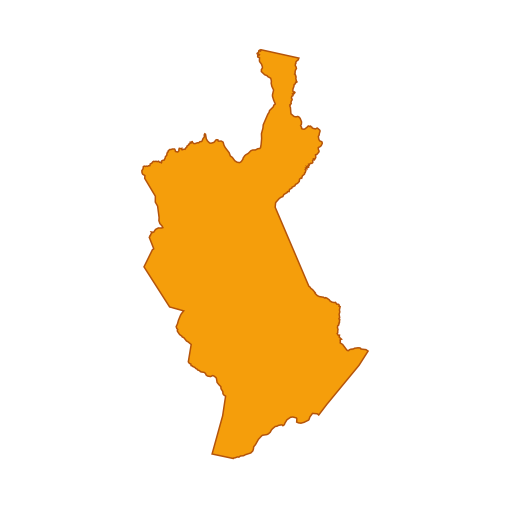 outline of Chibabava, Sofala, Mozambique, rotated 12°
{"feature_id": "85939544B25886081823580", "entity_name": "Chibabava", "entity_type": "district", "adm_level": 2, "iso_a3": "MOZ", "parent_name": "Mozambique", "parent_adm1": "Sofala", "projection": "robinson", "projection_center": [33.963, -20.299], "detail": "fine", "context": "isolated", "style": "filled", "palette": "amber", "viewbox_px": 512, "rotation_deg": 12, "n_neighbors": 0, "source": "geoboundaries", "source_scale": "gbopen_adm2", "svg_char_len": 6086}
<svg xmlns="http://www.w3.org/2000/svg" viewBox="0 0 512 512"><g transform="rotate(12 256 256)"><path d="M256.8,53.5L218.1,53.2L217.8,53.6L218.0,54.2L217.7,54.7L217.2,54.6L216.9,53.8L216.1,54.6L216.1,56.3L215.0,57.5L215.0,57.9L215.6,58.1L216.4,58.0L217.5,58.3L217.4,58.8L216.0,59.4L216.2,60.7L216.4,61.0L218.2,61.3L218.7,64.1L219.1,65.1L221.5,67.2L222.9,69.6L223.2,70.8L222.5,72.5L222.9,74.5L226.8,76.9L229.3,77.3L230.3,78.1L233.3,79.0L234.2,80.5L234.8,82.3L234.9,83.8L236.2,86.7L238.7,90.0L238.6,95.0L238.9,96.3L240.7,99.6L243.2,103.2L243.1,103.7L242.1,104.6L241.9,106.5L239.0,110.9L238.9,112.9L238.1,114.7L235.8,126.2L236.2,129.6L235.9,135.3L237.1,140.0L237.8,145.8L237.9,149.0L237.4,150.0L235.4,150.7L233.4,152.4L230.7,153.0L229.1,154.1L227.1,157.2L224.9,159.2L224.1,160.3L223.0,163.0L223.1,163.9L222.1,166.4L221.4,167.4L220.4,168.1L217.9,168.2L215.4,167.2L212.4,164.5L210.1,163.5L208.3,160.6L203.2,156.2L201.7,154.4L200.2,151.6L199.8,151.3L198.0,150.8L195.5,151.5L195.1,151.4L194.6,150.3L193.4,150.4L192.6,150.9L191.6,153.1L190.7,153.9L188.5,155.1L187.1,155.1L184.7,153.6L183.0,151.7L181.3,147.4L180.5,147.1L180.2,148.2L180.7,150.4L179.8,152.0L179.3,154.8L178.8,155.4L177.4,155.8L176.4,157.2L175.0,157.5L172.9,158.8L171.6,158.9L170.0,157.9L169.9,157.4L169.5,157.5L169.2,158.9L168.6,159.1L168.4,158.3L168.0,158.3L168.0,159.7L167.0,160.6L167.3,160.9L167.1,161.3L165.6,162.9L165.7,163.8L164.9,164.8L164.4,166.4L163.6,166.4L161.6,167.5L161.3,167.3L161.1,166.1L160.2,166.6L158.6,166.6L158.4,167.5L158.7,169.1L157.8,170.6L155.5,170.5L155.1,169.4L154.1,168.3L152.0,168.7L150.6,169.6L149.6,169.7L148.3,171.3L148.5,172.3L147.8,172.9L147.6,174.8L147.8,175.9L146.7,177.8L146.8,179.4L146.5,179.9L146.3,181.2L144.6,182.0L143.9,182.7L143.9,183.3L144.2,183.9L144.1,184.5L143.0,184.2L142.1,184.4L141.0,183.5L139.7,184.3L138.5,184.1L137.3,184.7L136.3,184.6L135.5,185.3L134.7,186.9L133.4,188.0L133.4,189.7L132.1,190.1L131.2,190.9L129.9,190.9L129.2,191.4L128.0,191.3L127.2,192.0L127.4,194.1L126.6,196.3L127.2,198.3L128.1,199.5L130.6,200.5L131.0,203.2L145.1,218.4L146.3,224.2L149.4,227.7L153.2,238.5L153.7,241.7L155.3,244.3L157.8,246.1L159.0,247.6L157.7,248.3L154.6,248.9L152.2,250.9L151.0,253.9L150.3,254.2L148.5,254.3L149.3,255.2L148.5,256.7L148.5,257.9L148.0,258.3L148.1,258.9L147.7,259.9L154.3,269.9L154.4,270.5L153.4,271.3L148.7,289.9L182.1,323.8L196.7,324.7L195.1,327.8L194.5,329.6L193.5,335.0L193.3,338.7L192.6,341.7L193.6,343.4L194.7,344.1L194.5,345.1L194.8,346.0L197.6,348.7L200.1,349.8L200.6,350.5L202.4,350.9L205.7,353.6L207.4,354.1L211.0,356.0L211.8,373.6L213.2,374.9L214.7,375.2L215.3,376.7L216.7,376.8L217.0,377.2L219.3,377.7L220.6,378.6L221.8,378.8L222.6,379.6L224.7,379.9L225.5,380.6L226.4,380.8L229.4,380.6L230.9,381.3L232.0,382.8L233.5,383.5L236.6,383.4L238.4,382.0L239.4,382.0L242.1,383.2L242.8,384.1L244.2,387.7L246.6,389.7L248.7,391.0L249.4,393.1L251.7,395.5L252.3,397.5L252.7,398.0L253.7,398.8L255.4,399.4L256.6,419.2L254.2,458.8L275.9,458.8L276.1,458.3L277.6,457.7L279.6,456.4L281.1,456.3L282.3,454.9L285.4,453.9L286.9,452.6L291.9,449.7L293.4,447.3L293.6,445.3L293.4,443.1L294.7,440.6L296.5,434.8L298.9,430.8L299.6,430.0L303.8,428.4L305.1,427.4L306.6,425.3L307.2,423.1L308.1,421.5L310.2,418.8L312.0,418.1L313.2,417.0L315.9,415.9L316.6,415.8L317.5,416.4L318.0,416.1L318.8,415.0L319.0,413.6L320.3,409.8L323.3,406.6L325.5,405.8L329.2,406.0L329.8,406.8L330.3,410.0L332.2,410.4L334.7,410.2L337.6,408.7L341.4,405.7L341.8,405.1L342.2,402.1L344.0,398.2L348.8,397.6L350.4,398.5L356.1,386.4L379.5,341.5L385.4,325.7L383.0,324.7L378.0,325.2L377.6,324.6L376.8,324.3L374.8,324.6L371.4,325.8L370.8,326.6L369.4,327.0L369.2,327.4L368.4,327.3L366.8,328.3L366.3,329.2L365.8,329.5L364.5,329.2L359.1,324.5L356.4,323.5L356.2,321.7L355.7,320.7L355.9,320.2L356.9,319.6L354.3,318.1L354.1,316.1L353.0,316.5L351.5,315.0L351.9,314.1L351.5,312.2L351.5,310.8L350.6,309.3L350.4,307.2L351.2,306.5L351.0,305.4L351.4,305.0L351.1,304.1L351.5,303.3L351.1,302.3L351.2,300.9L350.5,300.6L350.1,299.8L350.7,299.1L350.6,298.7L349.4,295.7L349.6,293.3L348.8,291.4L348.8,288.0L347.7,287.9L347.6,286.8L346.8,286.1L345.0,286.3L343.4,284.8L342.2,285.3L339.7,285.3L337.5,284.4L336.7,283.6L333.9,282.4L332.6,282.3L332.3,282.8L331.7,282.8L330.7,282.3L326.3,282.5L324.2,282.0L321.9,280.5L321.4,280.0L321.6,279.7L318.3,277.1L316.4,276.3L315.3,275.2L314.0,274.6L264.6,204.3L264.1,199.7L266.8,194.9L268.3,193.3L269.9,192.3L270.4,190.1L273.3,187.4L273.4,186.5L275.0,186.1L274.9,183.9L276.9,182.2L276.9,181.3L279.5,179.2L279.7,177.8L281.5,176.3L282.8,174.1L282.6,171.8L283.7,170.4L284.5,170.5L284.7,168.0L286.2,166.1L286.5,165.5L286.2,164.7L286.8,164.1L287.0,161.8L286.2,161.3L286.7,160.5L286.2,159.6L286.9,159.4L287.6,159.9L287.5,159.1L287.0,158.2L288.0,158.6L289.0,158.3L289.0,157.9L287.8,157.6L288.0,157.0L289.1,156.3L288.4,155.3L289.1,155.0L289.4,155.1L290.1,154.0L291.3,153.8L292.0,153.0L292.1,152.4L291.5,150.9L292.0,150.4L291.9,149.0L292.4,148.8L293.2,149.6L294.0,147.3L293.2,144.6L294.4,144.0L295.9,141.2L295.9,140.3L294.8,138.7L294.4,137.0L296.3,135.4L296.9,134.3L297.4,132.1L297.0,131.0L296.5,130.5L294.5,130.2L293.2,128.9L292.1,126.0L292.6,124.7L292.5,122.5L292.7,120.9L292.5,120.0L292.0,119.5L289.4,118.1L288.9,118.3L287.9,119.3L285.6,119.3L284.4,119.1L283.8,118.3L283.1,118.2L282.4,117.6L281.7,118.2L280.6,117.8L279.7,118.4L279.5,119.0L277.4,121.5L276.7,122.0L274.7,122.1L274.1,121.8L273.9,120.8L272.5,119.2L273.0,117.7L272.7,115.4L270.6,112.2L269.3,111.2L267.9,110.8L266.1,111.6L264.1,111.6L260.6,109.6L258.8,103.6L257.8,102.2L258.1,101.5L257.7,101.1L258.8,99.7L258.3,98.5L258.4,96.5L258.9,95.8L258.7,95.0L257.9,94.4L257.8,94.0L257.8,92.3L258.7,91.7L258.8,91.2L258.8,90.5L258.0,89.8L258.7,89.3L259.5,89.3L260.1,88.0L259.6,87.5L258.5,87.8L257.8,87.1L257.4,84.9L257.8,82.5L257.7,80.3L258.7,79.3L258.6,78.3L258.8,77.7L259.0,77.4L259.6,77.6L259.9,77.2L259.0,76.2L258.0,73.9L258.0,72.5L257.2,71.6L257.3,71.1L256.6,70.3L255.9,70.0L256.3,68.8L255.9,67.9L256.0,65.8L256.6,64.2L255.8,62.6L254.9,61.7L254.6,59.7L255.0,59.1L254.6,58.2L255.4,56.6L256.5,55.4L256.8,53.5Z" fill="#f59e0b" stroke="#b45309" stroke-width="1.5"/></g></svg>